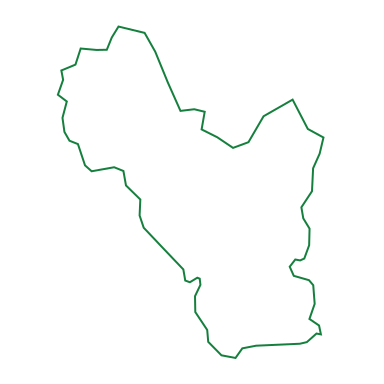 Cheshire East, Robinson projection, rotated 89°
{"feature_id": "GBR-5706", "entity_name": "Cheshire East", "entity_type": "Unitary Authority", "adm_level": 1, "iso_a3": "GBR", "parent_name": "United Kingdom", "parent_adm1": "", "projection": "robinson", "projection_center": [-2.299, 53.164], "detail": "fine", "context": "isolated", "style": "outline", "palette": "green", "viewbox_px": 384, "rotation_deg": 89, "n_neighbors": 0, "source": "natural_earth", "source_scale": "10m", "svg_char_len": 1026}
<svg xmlns="http://www.w3.org/2000/svg" viewBox="0 0 384 384"><g transform="rotate(89 192 192)"><path d="M336.6,65.6L335.7,70.0L344.1,79.8L345.6,86.8L346.8,130.6L349.2,144.4L358.7,151.4L355.8,165.4L342.1,178.4L330.2,179.2L312.1,190.8L296.2,190.8L285.0,185.2L278.8,185.8L277.8,188.2L282.2,195.7L280.4,200.3L269.3,202.0L246.8,222.7L228.3,239.6L226.9,240.9L214.6,244.8L198.6,243.8L184.3,257.9L169.8,260.2L165.9,269.4L169.5,292.0L163.5,298.5L142.1,305.2L138.6,313.6L129.7,318.5L115.6,320.2L99.3,315.6L92.4,324.4L77.6,318.9L68.2,320.5L62.6,306.3L46.6,300.8L48.3,285.0L48.3,274.7L36.1,269.5L25.3,262.6L32.1,236.6L51.1,226.3L82.2,214.2L110.7,202.1L109.3,188.3L112.0,177.9L129.6,181.3L137.7,165.8L148.6,150.2L143.2,134.7L117.5,119.1L101.4,89.8L131.0,75.1L137.2,64.2L139.8,59.6L155.9,63.7L170.4,70.5L193.3,72.0L209.2,82.9L220.3,81.2L230.7,75.1L247.3,75.8L260.5,80.9L262.3,85.1L261.3,89.9L268.4,95.6L277.6,91.7L282.2,76.6L287.3,72.4L306.0,71.3L321.0,76.8L327.7,67.3L336.6,65.6Z" fill="none" stroke="#15803d" stroke-width="2"/></g></svg>